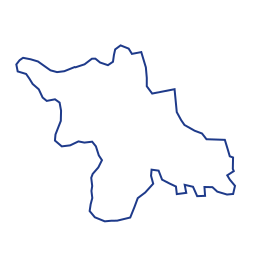 Yongin-si, Gyeonggi, South Korea (Equal Earth projection), rotated 349°
{"feature_id": "91817680B86612267469181", "entity_name": "Yongin-si", "entity_type": "district", "adm_level": 2, "iso_a3": "KOR", "parent_name": "South Korea", "parent_adm1": "Gyeonggi", "projection": "equal_earth", "projection_center": [127.213, 37.219], "detail": "fine", "context": "isolated", "style": "outline", "palette": "blue", "viewbox_px": 256, "rotation_deg": 349, "n_neighbors": 0, "source": "geoboundaries", "source_scale": "gbopen_adm2", "svg_char_len": 1290}
<svg xmlns="http://www.w3.org/2000/svg" viewBox="0 0 256 256"><g transform="rotate(349 128 128)"><path d="M87.3,58.0L76.3,60.1L69.0,59.6L62.9,56.6L58.4,51.9L52.3,45.5L45.6,42.0L38.4,39.1L36.9,39.7L34.5,40.8L30.5,44.3L30.5,51.4L38.3,55.5L40.6,60.7L42.8,66.6L47.8,73.0L50.0,81.8L53.4,85.9L61.8,85.9L65.7,90.0L65.6,98.2L63.4,108.2L55.6,120.5L54.4,124.6L53.9,126.4L59.5,133.4L67.9,134.0L76.8,131.7L82.4,134.0L90.2,134.6L93.0,139.9L94.1,149.3L96.3,154.6L91.3,161.1L84.6,166.3L82.4,169.9L81.8,178.1L80.1,182.8L79.6,189.9L76.8,195.7L74.5,202.2L78.4,209.3L87.4,215.2L93.5,215.8L99.7,216.9L113.1,216.3L119.2,206.9L124.2,198.7L132.6,194.6L142.1,187.5L141.5,179.3L143.2,173.4L149.9,175.7L151.6,185.2L158.3,190.5L163.9,194.6L163.3,202.2L172.8,202.8L172.8,194.6L180.6,198.1L182.9,208.1L190.7,209.3L191.8,200.5L199.6,202.2L203.5,207.5L212.5,212.2L218.6,212.8L222.0,205.2L218.1,198.1L216.4,193.4L223.6,190.5L223.1,188.1L225.5,177.0L222.5,175.2L221.9,168.7L220.8,158.1L202.9,154.0L199.6,147.5L192.9,143.4L184.0,135.8L181.7,130.5L178.9,121.7L181.1,98.8L158.3,98.8L154.4,90.6L156.0,82.4L157.1,71.9L155.5,56.0L146.0,56.0L143.8,50.2L136.5,45.5L130.4,48.4L128.1,53.7L125.9,60.1L120.3,62.5L113.1,58.4L109.2,53.7L105.8,53.1L97.5,57.2L88.0,58.4L87.3,58.0Z" fill="none" stroke="#1e3a8a" stroke-width="2"/></g></svg>